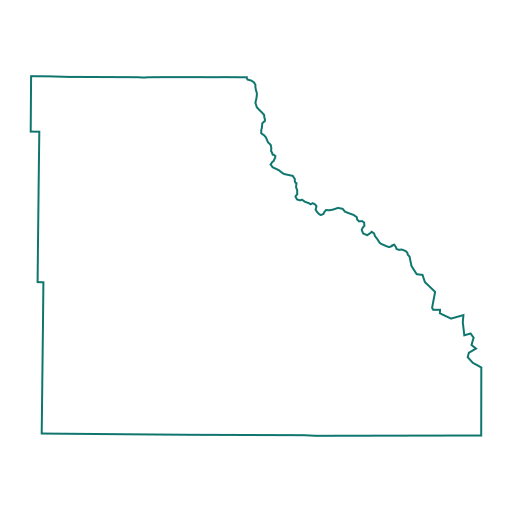 Big Horn, Wyoming, United States of America (orthographic projection)
{"feature_id": "52423323B54143119703480", "entity_name": "Big Horn", "entity_type": "district", "adm_level": 2, "iso_a3": "USA", "parent_name": "United States of America", "parent_adm1": "Wyoming", "projection": "orthographic", "projection_center": [-107.715, 44.584], "detail": "fine", "context": "isolated", "style": "outline", "palette": "teal", "viewbox_px": 512, "rotation_deg": 0, "n_neighbors": 0, "source": "geoboundaries", "source_scale": "gbopen_adm2", "svg_char_len": 2071}
<svg xmlns="http://www.w3.org/2000/svg" viewBox="0 0 512 512"><path d="M481.2,435.5L481.3,367.5L472.8,362.8L467.7,357.2L468.9,352.7L476.0,348.6L471.5,345.0L473.6,337.7L470.6,333.5L464.3,335.3L462.8,322.4L463.4,315.1L451.0,318.6L439.9,313.3L440.0,309.8L433.2,309.8L432.1,307.8L435.1,291.9L424.9,282.1L422.5,274.9L416.7,274.2L411.9,266.7L411.4,265.6L410.6,261.7L409.9,258.4L409.6,256.7L407.8,254.7L407.3,252.7L406.0,251.3L403.8,250.3L401.5,249.5L399.2,249.9L396.6,249.0L395.6,246.6L394.1,244.6L392.2,245.4L392.4,245.7L391.6,246.3L390.2,246.7L389.3,247.1L386.6,246.3L384.5,245.3L381.6,244.1L379.8,243.0L377.2,238.9L375.0,236.2L374.1,233.5L371.7,231.8L370.7,232.8L367.2,235.2L363.2,233.5L361.7,229.9L362.8,227.5L364.4,225.8L364.1,222.5L362.1,221.1L359.1,221.4L357.2,219.6L356.7,217.1L353.5,214.9L348.8,213.2L345.0,211.7L342.6,208.8L338.0,207.9L335.1,208.9L332.6,209.7L329.0,210.3L326.1,210.0L324.2,212.2L323.5,213.9L321.5,214.8L320.6,215.0L318.9,213.9L317.1,212.0L315.6,209.7L316.5,206.2L314.8,204.2L312.7,203.2L310.6,204.3L308.7,203.1L305.0,201.8L302.0,199.7L300.1,200.4L297.0,199.4L295.7,197.1L295.5,196.3L297.2,194.3L297.2,190.3L296.1,187.4L296.2,185.5L296.5,183.2L295.3,182.6L294.8,181.2L294.8,179.0L292.8,175.9L289.1,175.1L284.0,174.0L281.3,172.2L278.9,170.2L272.7,167.3L270.6,164.5L272.2,162.1L273.6,161.0L275.1,157.7L275.4,156.2L273.8,154.7L272.9,154.8L272.2,153.8L272.2,152.8L271.1,151.3L271.3,148.0L270.7,144.9L270.0,144.2L268.0,142.3L265.9,137.4L264.1,135.3L261.2,133.3L261.3,130.0L261.9,127.6L262.3,123.2L264.1,121.6L264.7,121.4L265.0,119.6L264.4,117.8L264.1,114.9L261.9,112.5L259.1,109.7L256.8,107.3L255.4,102.6L256.4,98.5L256.7,96.4L256.9,94.4L256.7,92.4L256.0,90.3L255.4,87.2L255.4,84.8L253.9,82.3L251.1,80.5L247.6,79.6L246.5,77.5L246.6,77.3L220.5,77.1L219.5,77.2L174.3,77.1L153.4,77.2L147.4,77.3L144.0,77.6L137.4,77.2L67.7,76.9L47.9,76.3L44.1,76.3L31.1,76.2L30.7,131.6L39.3,131.7L38.7,180.4L37.9,251.4L37.6,282.1L43.4,282.3L43.0,321.7L41.7,433.5L48.9,433.6L190.5,434.8L304.0,435.2L315.5,435.8L481.2,435.5Z" fill="none" stroke="#0f766e" stroke-width="2"/></svg>